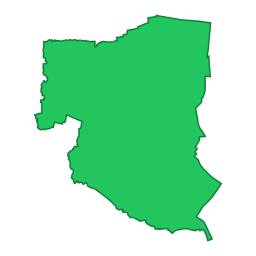 Bang Len, Nakhon Pathom, Thailand
{"feature_id": "78962969B43519510241877", "entity_name": "Bang Len", "entity_type": "district", "adm_level": 2, "iso_a3": "THA", "parent_name": "Thailand", "parent_adm1": "Nakhon Pathom", "projection": "albers", "projection_center": [100.172, 14.035], "detail": "fine", "context": "isolated", "style": "filled", "palette": "green", "viewbox_px": 256, "rotation_deg": 0, "n_neighbors": 0, "source": "geoboundaries", "source_scale": "gbopen_adm2", "svg_char_len": 5613}
<svg xmlns="http://www.w3.org/2000/svg" viewBox="0 0 256 256"><path d="M208.8,56.2L207.1,57.5L207.2,55.6L207.5,54.0L208.0,50.9L208.6,45.4L208.8,42.0L209.3,36.8L210.0,30.3L210.0,29.1L210.6,22.9L198.5,21.2L192.8,20.8L181.1,19.8L158.4,15.9L156.6,15.7L156.7,15.4L156.4,15.4L155.7,17.0L154.4,16.9L149.3,17.6L149.2,17.9L148.0,17.9L148.4,22.6L145.2,23.8L139.8,26.1L138.0,26.7L138.2,28.0L134.6,29.1L128.5,30.2L127.7,30.2L127.2,30.9L127.2,32.7L126.6,33.8L126.6,34.3L123.8,34.5L123.7,34.8L123.2,35.0L122.7,36.9L120.8,36.8L120.8,37.2L117.7,37.2L116.5,37.6L117.4,40.7L116.0,40.8L114.8,41.1L114.3,41.3L113.9,41.7L112.8,42.0L111.4,41.9L110.9,41.8L109.6,42.1L108.6,42.0L107.5,42.0L105.6,41.7L105.1,41.8L104.7,41.7L104.2,41.7L103.7,41.4L102.8,41.9L101.6,41.7L100.9,42.1L100.7,42.8L100.0,42.5L99.7,42.7L99.3,42.9L99.1,43.2L98.4,43.5L98.2,43.9L97.6,43.9L97.2,44.9L96.8,44.9L96.7,45.0L97.0,46.0L95.5,46.7L94.8,46.8L95.0,44.2L95.0,41.4L93.4,41.4L93.3,41.6L92.8,41.4L92.7,41.6L92.4,41.5L92.2,41.8L91.5,41.6L90.8,41.7L90.6,41.8L90.4,41.6L90.1,41.6L89.6,41.8L88.9,41.2L87.6,41.2L87.0,40.9L86.6,41.0L86.0,40.6L85.5,41.1L82.7,40.5L81.1,40.9L80.6,40.2L80.1,40.2L77.2,40.7L76.8,40.5L76.3,40.6L76.0,39.9L75.8,39.8L74.7,39.8L72.2,40.3L70.9,40.1L70.1,39.7L69.7,39.7L69.5,40.2L67.4,40.2L66.6,40.1L65.4,40.2L62.8,40.8L61.3,41.0L57.5,40.7L56.7,40.5L56.0,40.6L56.0,40.8L55.1,41.0L54.7,40.0L52.0,41.4L52.0,40.5L51.6,39.8L50.9,40.1L50.1,40.2L49.7,40.1L49.5,39.9L49.1,39.9L48.5,40.3L46.9,41.7L46.6,41.5L45.9,41.7L44.9,41.5L43.7,41.7L44.0,44.2L43.7,47.0L43.1,50.2L43.8,53.8L43.8,54.1L43.4,54.3L43.4,57.7L45.5,58.1L45.4,61.2L45.5,61.3L46.5,61.4L46.6,62.3L46.7,63.0L46.1,63.6L43.2,64.0L43.2,68.9L43.8,69.4L43.6,71.1L43.3,71.1L43.0,72.4L43.6,73.2L43.6,74.5L44.7,75.1L45.6,75.2L45.9,75.5L46.7,77.0L47.5,77.6L47.4,78.7L47.3,80.0L46.8,81.1L45.9,82.4L45.2,82.2L44.5,80.8L44.2,80.7L43.9,80.8L42.6,83.0L41.6,83.9L41.3,84.9L41.9,87.9L41.2,88.1L41.1,92.3L41.9,92.4L42.0,94.9L42.7,95.0L42.7,95.6L43.9,95.5L44.0,95.6L44.6,98.1L44.1,98.3L44.2,98.8L43.3,98.9L43.3,99.8L40.9,100.0L40.7,100.1L40.7,102.3L41.5,102.4L41.6,104.1L41.9,109.3L41.6,113.0L38.7,113.6L34.7,114.9L35.2,115.9L36.2,119.1L37.5,118.8L37.5,119.4L37.2,119.5L37.4,120.4L36.6,120.6L38.3,126.3L38.2,126.4L37.4,126.9L37.8,127.3L37.7,127.7L40.3,129.7L41.2,129.7L43.6,129.1L43.9,129.5L44.3,129.6L45.8,129.4L46.7,128.9L48.6,128.7L50.3,128.3L52.1,127.2L52.6,127.1L53.3,127.4L53.6,125.8L54.3,123.5L54.6,122.3L62.3,124.0L62.4,122.5L64.0,122.6L64.3,121.6L65.3,121.8L66.7,114.8L73.1,117.8L74.1,118.1L82.0,121.5L80.8,127.8L79.0,128.9L78.9,131.9L79.0,134.3L78.9,136.1L78.7,136.6L77.9,137.2L77.9,138.4L77.1,139.5L76.9,140.2L76.8,141.2L77.1,142.2L77.2,143.8L77.0,144.6L77.8,145.0L78.0,145.3L77.6,146.7L75.2,146.4L74.2,146.6L73.4,149.1L72.9,148.9L72.8,149.7L72.3,150.1L72.2,150.3L70.1,151.1L70.1,151.3L70.2,151.8L69.2,152.2L68.3,153.0L68.0,153.8L67.7,155.8L68.9,156.0L68.9,157.5L68.3,158.7L69.2,160.0L69.9,161.2L70.1,162.4L70.2,164.3L70.0,165.5L70.1,167.1L70.5,168.0L71.2,169.2L72.2,169.1L73.2,170.1L73.1,173.1L72.7,174.0L72.3,174.4L72.0,174.9L71.8,176.1L71.8,176.9L71.4,178.0L72.4,178.5L73.3,179.8L73.7,180.9L73.7,182.1L74.5,183.3L74.8,183.4L75.5,183.1L75.8,182.6L76.5,181.1L76.7,180.9L76.9,180.9L77.9,181.0L77.7,182.2L77.8,182.4L78.1,182.6L79.2,182.8L80.8,182.4L82.5,182.6L82.9,183.9L83.0,184.1L83.4,184.4L83.8,184.2L85.0,183.1L85.6,183.0L86.6,183.2L86.9,183.5L87.2,183.9L87.4,184.5L87.4,185.4L88.0,186.2L89.9,187.3L90.8,187.4L92.0,188.2L93.6,188.3L95.9,189.7L103.6,195.3L109.9,200.5L115.3,205.6L116.1,206.6L116.1,207.9L116.5,208.0L116.6,208.6L117.3,208.7L117.7,209.2L119.4,209.9L121.7,209.3L122.1,210.1L122.9,209.8L123.0,209.9L123.0,210.2L122.6,210.5L122.5,211.2L122.8,211.9L123.2,211.9L123.3,212.3L124.7,212.0L127.3,212.7L127.6,212.8L127.7,213.0L127.8,214.1L128.2,215.3L129.6,216.6L129.8,217.4L131.3,217.5L132.3,217.4L133.1,217.4L134.3,218.0L140.2,221.2L143.7,220.2L144.1,220.2L144.4,220.4L145.5,220.2L145.7,220.9L145.7,221.4L146.0,222.0L145.8,222.4L146.4,222.7L146.5,223.4L151.3,226.1L152.6,226.5L152.9,225.9L153.9,226.4L154.0,226.2L154.3,226.3L154.5,226.7L155.0,227.4L155.1,227.9L154.9,228.1L154.9,228.4L155.5,229.2L156.5,228.7L157.6,228.5L157.7,229.1L158.5,228.7L158.9,229.3L159.8,229.3L160.0,228.9L160.7,228.4L161.1,228.8L161.4,229.4L163.1,228.8L165.1,228.4L165.2,228.7L166.4,228.8L167.5,229.1L168.4,229.2L168.0,229.8L168.1,230.3L168.5,230.5L170.0,230.9L170.1,231.3L170.6,231.6L170.8,232.1L171.7,232.8L172.2,233.3L173.0,232.6L173.4,231.9L174.3,231.5L175.1,230.7L175.8,230.4L176.7,230.0L178.1,230.0L179.8,229.5L182.1,229.1L184.5,228.5L184.9,228.7L186.0,228.8L189.3,228.9L189.5,229.5L193.7,230.3L193.8,230.5L195.8,230.7L196.1,229.8L198.3,229.7L198.8,229.6L199.0,229.7L199.4,229.5L199.9,230.7L203.2,229.3L205.7,233.6L206.3,235.2L207.8,240.6L210.0,239.7L210.0,239.9L212.1,239.0L204.6,223.0L203.9,221.9L202.5,220.6L196.5,217.0L198.4,213.7L202.3,207.4L203.2,206.3L208.2,201.4L212.3,196.9L217.4,189.6L221.3,183.6L212.2,177.4L208.7,174.2L203.7,169.2L202.0,167.2L200.2,164.8L199.2,162.6L198.7,161.3L198.5,160.2L198.2,159.8L196.5,158.3L194.2,156.6L195.0,155.8L196.6,154.1L194.9,151.7L197.3,148.9L195.4,147.2L199.3,140.4L199.5,138.7L199.2,138.7L199.7,136.8L202.8,136.7L205.2,136.4L204.2,134.5L202.9,132.3L202.4,131.4L200.9,129.7L199.1,126.6L198.4,124.0L197.9,121.6L197.7,119.7L195.5,108.2L196.7,107.3L198.4,105.3L200.1,104.0L200.8,102.9L201.6,102.0L201.7,101.6L201.6,101.2L201.6,100.0L201.4,98.7L201.6,98.5L202.5,98.0L202.9,97.5L204.4,93.1L204.7,92.0L205.1,89.1L205.2,82.8L205.1,79.0L205.3,76.2L210.3,76.6L209.8,70.8L209.8,69.4L209.5,67.8L209.4,66.1L208.8,56.2Z" fill="#22c55e" stroke="#15803d" stroke-width="1.5"/></svg>